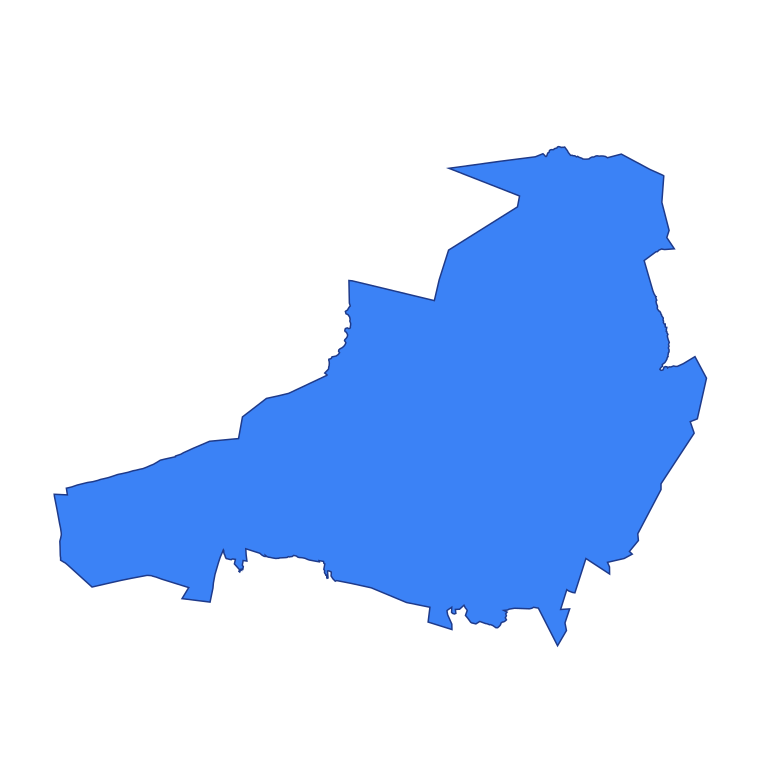 Cerro de San Pedro, San Luis Potosí, Mexico (Robinson projection), rotated 4°
{"feature_id": "50627088B42446893123759", "entity_name": "Cerro de San Pedro", "entity_type": "district", "adm_level": 2, "iso_a3": "MEX", "parent_name": "Mexico", "parent_adm1": "San Luis Potosí", "projection": "robinson", "projection_center": [-100.785, 22.201], "detail": "fine", "context": "isolated", "style": "filled", "palette": "blue", "viewbox_px": 768, "rotation_deg": 4, "n_neighbors": 0, "source": "geoboundaries", "source_scale": "gbopen_adm2", "svg_char_len": 6142}
<svg xmlns="http://www.w3.org/2000/svg" viewBox="0 0 768 768"><g transform="rotate(4 384 384)"><path d="M696.8,411.5L696.6,410.8L692.1,400.2L699.0,396.9L705.3,355.7L692.3,335.0L681.2,342.8L675.3,346.0L673.4,346.1L671.6,345.8L669.0,347.0L667.6,347.0L666.6,347.4L665.8,348.2L665.1,347.1L663.3,347.0L662.1,347.9L661.8,349.2L661.2,350.6L659.4,351.1L658.2,350.2L658.5,349.2L659.5,347.8L660.6,347.0L660.2,345.2L662.7,343.0L663.8,341.0L664.6,339.2L664.5,338.7L664.9,337.5L665.5,336.9L665.2,336.5L665.3,335.3L665.5,333.8L665.5,332.9L666.1,332.2L666.0,330.0L665.7,329.3L665.3,328.7L665.2,327.5L665.7,326.8L665.6,326.1L665.1,325.0L665.2,324.3L665.3,323.7L665.7,322.7L665.3,321.8L664.5,320.2L664.1,319.0L663.5,317.3L663.3,315.9L663.8,314.6L662.7,313.3L662.6,312.2L661.9,311.9L662.0,310.4L661.8,310.1L662.1,308.4L662.1,307.8L661.6,307.8L660.6,307.5L660.4,305.0L660.1,305.3L658.4,303.3L658.5,302.5L658.4,301.5L657.9,300.8L658.0,298.7L656.3,296.6L656.0,295.5L655.6,295.2L655.3,294.5L654.8,293.3L653.9,292.2L653.4,292.2L651.6,290.2L651.3,289.3L651.3,288.7L651.5,288.2L651.3,287.4L651.2,286.8L650.8,286.1L650.2,285.1L650.2,284.6L649.8,283.9L649.8,283.2L649.5,282.4L649.7,282.1L650.3,281.3L649.9,280.8L649.6,280.3L649.4,279.4L649.0,278.8L649.4,277.9L648.8,277.7L648.4,277.1L648.0,276.5L647.1,275.2L645.7,272.2L634.9,242.7L646.1,233.1L647.5,232.9L649.0,231.2L651.7,229.9L652.3,230.1L654.5,230.3L664.2,228.9L655.9,218.2L657.7,210.9L648.5,183.4L648.6,156.9L647.6,156.3L634.3,151.4L604.7,138.1L591.1,142.7L589.1,141.6L586.6,141.3L584.4,141.4L583.0,141.7L580.8,141.5L579.6,141.7L577.3,143.0L576.0,143.0L575.2,143.3L573.7,144.2L573.1,145.0L571.6,145.4L569.8,145.6L568.0,145.7L566.4,145.6L565.7,145.0L562.7,144.2L561.3,143.4L560.4,144.0L559.7,143.8L558.9,143.2L557.8,143.0L556.6,143.1L555.8,142.7L554.2,142.9L551.7,140.2L550.7,138.5L547.7,135.0L546.8,135.4L546.2,135.3L545.7,135.5L545.2,135.4L544.7,135.5L544.4,135.7L544.0,135.6L543.6,135.4L543.1,135.2L541.6,135.0L541.1,135.2L540.5,135.5L540.1,136.4L539.3,136.8L538.6,137.0L538.3,137.0L537.5,137.5L537.2,137.8L537.0,138.2L536.6,138.4L535.8,138.5L534.8,138.5L534.3,138.6L533.8,138.8L533.3,139.1L532.8,139.6L532.6,140.8L532.5,141.2L532.0,141.7L531.5,141.9L531.2,142.5L530.9,143.3L530.5,145.0L529.7,145.8L529.2,145.6L528.7,145.2L528.2,144.6L526.5,143.2L519.1,146.8L484.4,153.7L433.7,164.3L506.1,187.0L504.8,198.0L439.1,245.9L431.8,276.1L428.4,297.3L345.1,283.3L341.8,283.2L343.8,305.7L344.9,308.5L344.1,309.5L343.1,311.2L342.5,312.7L341.3,313.5L340.4,314.3L341.2,316.6L343.2,317.3L345.0,319.5L345.7,321.8L345.5,323.6L346.5,325.8L346.6,327.6L346.4,328.8L346.5,330.2L345.9,330.9L345.0,331.2L343.6,330.6L342.6,330.9L341.6,331.4L341.2,333.0L341.2,333.7L341.6,334.4L342.5,334.8L343.3,335.7L343.7,336.5L344.3,337.5L344.1,339.3L343.1,341.1L341.9,342.4L341.6,343.6L342.4,344.4L343.1,345.6L342.4,347.5L341.2,349.3L339.6,350.8L337.6,352.0L336.5,353.2L336.4,354.6L337.5,355.9L336.3,357.8L334.3,359.4L332.0,360.1L330.3,360.5L329.9,361.2L329.8,361.9L329.1,362.5L327.3,363.1L327.2,363.9L327.8,365.6L328.0,367.2L328.0,369.6L327.7,370.7L327.6,373.0L324.1,377.2L326.0,378.5L326.6,379.0L326.3,379.4L289.5,400.0L279.0,403.3L267.7,406.6L245.1,426.7L242.7,448.6L237.6,449.4L214.0,453.3L198.4,461.3L188.8,466.5L186.3,468.2L181.0,470.4L181.0,471.1L170.2,474.3L166.2,475.6L163.3,477.7L159.6,480.2L156.5,481.7L153.3,483.4L149.5,485.2L146.0,486.2L142.3,487.4L139.9,488.0L134.9,489.9L128.2,491.9L126.2,492.4L124.3,493.0L121.5,494.2L118.1,495.6L115.3,496.7L110.5,498.2L107.8,499.0L105.3,500.1L100.2,501.8L95.2,502.9L85.0,506.2L79.6,508.5L74.8,510.0L74.4,510.1L75.9,516.7L62.7,517.0L63.1,519.2L66.7,532.5L70.1,545.8L71.4,550.4L72.4,555.0L72.6,556.8L72.6,557.2L72.2,560.3L71.6,563.5L71.8,565.3L72.2,568.8L73.0,577.3L73.3,579.2L73.5,579.5L73.7,582.4L74.0,582.5L77.7,584.4L78.3,584.6L78.5,584.7L81.1,586.6L106.9,606.9L121.3,602.5L135.6,598.2L146.1,595.3L156.1,592.7L159.9,591.7L160.1,591.6L161.5,591.4L165.0,591.4L165.7,591.5L166.5,591.8L170.1,592.5L176.0,594.2L203.4,600.7L197.5,612.2L225.7,613.7L227.6,599.5L227.7,594.4L228.7,585.7L231.3,573.8L232.4,569.4L232.9,567.6L234.1,564.3L235.3,560.6L235.7,561.2L235.9,563.1L236.4,564.7L237.1,565.7L237.6,567.1L238.1,568.2L238.6,568.9L238.9,569.2L240.0,569.3L242.5,569.8L244.0,569.9L244.6,569.3L245.3,569.1L248.0,569.3L247.3,573.9L253.0,579.5L252.3,581.0L253.2,581.6L254.1,579.0L255.1,579.7L255.4,578.3L256.1,578.6L256.4,575.9L255.3,574.7L255.8,569.9L259.6,570.2L258.4,564.0L257.6,558.0L271.9,561.5L274.2,563.2L276.5,564.3L278.1,564.3L277.7,563.3L279.2,564.3L280.7,564.8L282.4,564.9L285.1,565.3L288.3,565.6L290.0,565.3L291.3,565.2L291.7,564.8L297.5,564.1L299.4,563.8L300.6,562.9L301.7,563.1L302.8,562.8L304.5,562.5L305.8,561.3L308.1,561.6L309.0,561.9L309.8,562.6L310.5,562.8L311.5,563.0L314.5,563.0L317.4,563.4L319.9,564.3L321.8,564.8L324.4,565.1L326.9,565.4L329.5,565.7L331.9,565.9L331.5,564.7L333.1,564.9L335.2,565.1L336.0,565.2L336.6,567.2L337.5,567.6L336.9,573.1L337.8,574.3L337.8,576.4L338.4,577.2L339.0,578.0L339.3,578.8L340.2,578.6L340.4,581.3L340.8,581.8L341.7,581.4L340.7,574.5L341.5,574.3L342.3,574.3L344.3,575.1L344.6,575.9L344.6,577.6L344.6,579.2L346.7,582.0L348.2,583.3L349.1,584.1L350.5,583.4L352.1,583.6L365.1,585.2L385.5,588.2L421.7,600.4L445.4,603.5L444.6,618.4L468.9,624.2L468.4,618.8L463.6,609.8L462.8,606.6L462.7,605.6L463.4,604.9L466.5,602.5L467.1,602.0L467.3,605.0L467.3,607.1L468.5,608.1L470.3,608.5L471.7,607.8L470.9,603.9L475.1,603.4L479.2,599.1L480.7,601.6L481.9,602.8L482.8,604.2L481.4,609.2L483.8,611.7L487.1,615.6L488.2,616.2L492.4,616.9L496.1,614.2L502.1,615.9L503.6,616.0L506.0,616.8L507.2,616.6L509.5,617.4L512.6,619.3L514.4,619.2L516.2,617.3L517.1,615.9L517.3,614.5L518.7,613.2L520.1,612.9L521.6,611.8L522.6,610.7L521.3,608.8L522.3,606.6L521.4,604.8L522.7,603.0L519.4,601.5L522.8,600.9L524.7,599.8L529.9,598.6L544.8,598.1L547.1,597.4L548.8,596.3L553.6,596.8L575.4,633.0L583.2,617.2L581.2,609.7L584.9,595.4L575.9,596.6L580.7,576.4L582.7,577.6L586.7,578.8L589.0,579.0L597.6,544.0L622.3,557.8L621.7,550.7L619.4,546.3L635.8,541.3L643.5,536.4L640.5,533.9L648.7,522.4L647.6,515.7L667.7,470.0L667.3,464.2L696.8,411.5Z" fill="#3b82f6" stroke="#1e3a8a" stroke-width="1.5"/></g></svg>